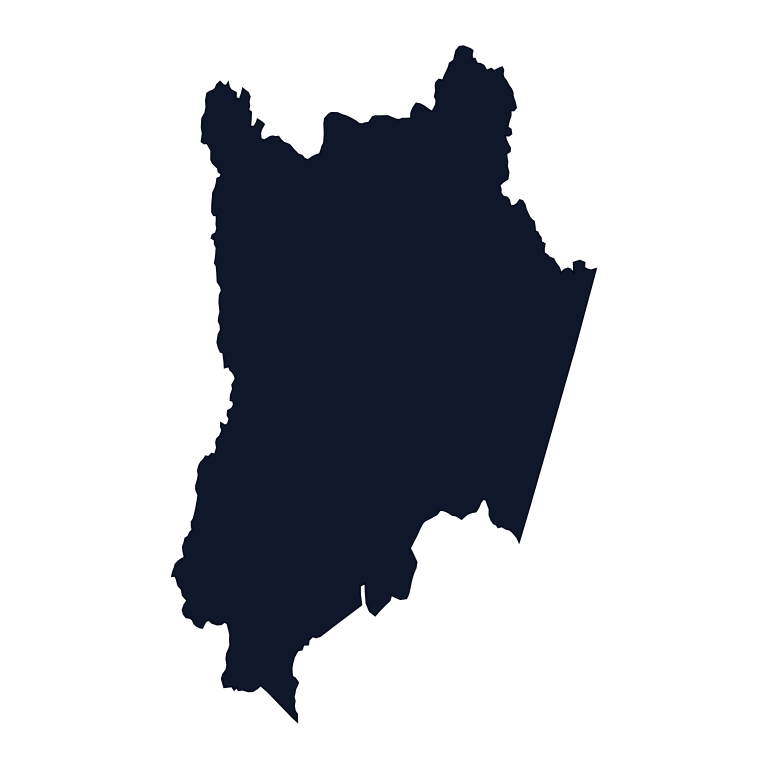 the district of Jaraguá, Goiás, Brazil
{"feature_id": "56859067B8388721460270", "entity_name": "Jaraguá", "entity_type": "district", "adm_level": 2, "iso_a3": "BRA", "parent_name": "Brazil", "parent_adm1": "Goiás", "projection": "equal_earth", "projection_center": [-49.418, -15.72], "detail": "fine", "context": "isolated", "style": "filled", "palette": "ink", "viewbox_px": 768, "rotation_deg": 0, "n_neighbors": 0, "source": "geoboundaries", "source_scale": "gbopen_adm2", "svg_char_len": 5464}
<svg xmlns="http://www.w3.org/2000/svg" viewBox="0 0 768 768"><path d="M459.2,46.7L456.0,50.8L453.7,60.4L449.6,63.1L448.4,67.6L446.6,71.4L444.7,75.4L442.7,80.3L438.9,79.4L435.8,82.7L435.4,86.5L435.9,90.6L434.6,96.6L436.3,100.1L435.8,104.8L432.2,111.6L428.5,109.4L424.2,106.2L420.3,104.1L416.2,103.3L413.1,107.8L411.0,112.9L410.9,118.3L407.0,118.5L402.1,118.6L399.2,119.8L396.2,119.4L391.5,117.5L387.7,115.9L382.4,116.0L377.9,116.1L375.4,116.0L372.6,116.9L368.7,122.6L364.8,123.1L362.3,124.1L359.0,123.7L355.8,121.1L352.8,119.4L349.7,117.7L345.4,115.8L341.9,114.8L337.6,112.9L331.1,112.7L328.0,114.8L324.8,118.6L324.1,123.3L324.5,134.0L323.8,143.1L322.0,146.5L320.9,150.7L319.7,153.8L315.1,155.4L311.4,157.5L308.0,159.9L304.6,158.6L302.0,155.5L298.3,154.3L296.2,152.1L293.9,149.9L290.1,145.2L287.7,143.9L283.8,142.5L280.6,139.5L278.6,136.5L275.6,136.8L272.5,136.2L269.6,137.0L266.8,138.8L264.1,140.1L260.9,138.8L260.3,133.2L261.4,129.3L264.2,124.2L261.5,121.8L257.5,119.2L256.5,122.4L254.3,126.3L250.4,126.7L251.0,119.2L251.2,111.9L248.5,110.0L249.5,105.5L248.8,101.8L249.9,96.4L247.9,92.3L245.3,90.6L242.8,88.3L241.6,93.4L239.6,99.4L236.0,97.7L236.1,92.6L231.1,89.9L229.1,86.9L228.2,82.4L226.4,85.7L223.4,85.0L220.1,81.5L216.9,84.5L215.4,88.3L213.0,90.4L210.0,91.4L207.0,93.4L205.8,100.3L206.2,107.2L205.3,112.3L202.0,118.5L201.7,124.1L201.5,127.9L202.6,133.6L201.9,138.1L201.4,141.6L203.9,143.5L207.3,143.5L208.7,146.3L211.1,150.6L211.0,159.8L212.6,163.1L215.3,165.9L217.7,168.0L218.4,171.9L221.5,174.1L220.0,177.3L217.1,178.4L216.4,183.5L215.2,187.8L212.8,193.0L212.6,197.7L212.0,204.3L211.9,212.1L213.6,215.3L216.5,215.6L216.5,220.5L216.2,224.1L217.0,228.5L215.7,233.0L212.4,234.8L211.4,238.1L214.4,239.9L214.7,244.2L216.4,247.7L216.0,253.7L215.5,258.4L214.6,263.1L216.4,266.1L217.0,272.9L217.4,281.8L220.6,286.6L221.6,290.7L219.6,295.0L219.2,302.6L220.2,312.0L218.9,317.1L218.5,321.2L220.2,325.0L220.7,329.8L218.4,334.3L217.2,342.5L218.6,347.8L220.5,352.0L223.1,352.8L223.7,357.8L224.2,362.1L224.5,367.7L228.7,366.5L230.1,370.0L232.6,372.4L234.5,375.4L235.4,378.9L232.0,384.9L232.8,389.0L230.8,394.6L230.3,400.2L233.0,401.2L233.7,404.9L231.7,408.4L227.7,410.7L227.4,415.4L229.3,418.9L227.7,424.0L225.2,425.4L220.8,422.8L220.7,426.5L222.0,430.5L219.9,435.7L216.7,439.0L215.9,442.5L216.8,447.7L214.8,454.4L211.7,453.5L208.4,456.8L205.7,456.1L203.6,459.4L200.7,462.4L199.0,465.6L197.7,470.5L198.5,474.7L197.6,479.9L195.9,485.4L195.9,489.5L198.2,495.4L197.0,502.4L195.9,508.9L194.4,514.9L193.6,518.4L191.5,521.9L191.6,526.5L192.3,530.0L189.9,532.3L188.0,536.6L185.2,538.2L184.4,542.0L182.7,546.8L183.1,551.0L184.5,557.5L181.3,559.0L178.6,560.9L175.4,564.2L174.3,568.1L172.6,572.6L171.8,576.4L175.1,576.0L176.6,579.6L178.0,585.4L181.6,589.5L182.5,595.2L184.4,597.6L187.2,600.4L184.1,604.9L182.4,610.1L183.7,614.4L186.0,617.4L190.4,618.2L192.5,620.0L194.2,623.9L197.2,626.4L199.8,627.5L202.4,628.1L205.4,621.9L208.5,619.9L211.9,623.0L217.1,624.7L221.2,624.4L224.4,622.0L227.2,623.4L228.8,629.4L230.1,635.4L229.7,639.1L230.1,645.0L229.1,648.6L226.8,653.6L226.2,658.9L227.1,665.0L226.2,669.7L222.9,674.5L221.6,678.8L224.0,687.4L231.9,686.5L234.1,690.1L236.2,687.4L238.5,690.4L242.5,689.8L248.3,691.5L252.8,691.3L257.9,688.0L260.4,685.4L267.5,691.5L292.8,717.7L297.4,721.9L297.1,713.8L295.1,711.3L294.1,705.9L294.9,700.8L293.8,697.0L294.7,693.3L295.3,689.5L298.3,682.8L295.2,678.1L292.3,676.5L291.7,669.1L292.3,664.3L294.1,657.4L296.0,653.8L297.8,650.6L302.0,649.7L303.5,644.9L308.3,644.7L308.8,640.2L312.6,636.4L316.1,637.6L320.4,636.1L334.7,625.1L361.5,604.9L360.2,594.3L360.1,586.0L365.3,583.3L365.4,590.2L366.3,603.1L369.6,611.3L375.2,615.7L379.1,611.1L385.1,604.9L389.7,600.7L391.3,595.1L395.2,597.1L400.3,599.3L406.5,598.4L408.7,593.2L409.9,587.7L411.3,580.6L413.4,573.5L415.8,567.9L416.7,562.3L414.0,556.2L411.9,551.8L410.1,548.3L413.6,541.4L416.6,535.6L419.9,528.3L422.6,523.3L424.8,520.9L428.6,519.0L432.4,517.0L437.0,514.4L440.0,510.2L443.3,510.4L446.5,511.5L449.4,513.2L452.6,515.2L455.7,515.6L458.2,516.9L461.5,519.2L464.1,516.8L467.5,514.0L472.1,512.3L475.9,511.7L478.5,507.6L480.7,502.4L483.4,498.9L486.2,500.2L487.8,505.0L489.4,509.1L489.3,515.2L491.4,520.5L493.7,523.7L496.4,524.8L498.1,527.5L501.8,526.5L505.8,528.9L509.6,529.8L512.7,532.4L517.0,537.5L519.1,542.2L530.0,505.4L546.4,448.2L547.6,443.9L564.3,385.3L570.1,364.9L571.1,361.2L573.0,355.0L596.2,268.7L591.0,270.2L587.2,269.1L584.3,267.5L584.7,262.5L579.8,260.5L573.5,262.5L573.8,268.3L573.8,272.8L570.2,269.1L567.7,268.3L564.2,269.6L561.0,272.9L559.1,267.4L555.2,262.2L553.6,258.8L549.8,257.6L547.0,254.7L544.2,253.0L544.0,249.0L544.9,243.8L541.2,241.8L541.0,237.7L539.1,235.3L537.7,232.1L535.2,230.8L534.9,226.7L534.1,221.4L531.6,219.6L529.6,217.1L526.1,209.5L524.8,204.4L522.5,200.8L519.7,199.9L516.9,203.8L514.1,205.7L510.6,205.9L509.1,199.5L507.1,197.3L503.3,196.5L500.8,193.0L500.9,188.8L499.7,185.3L502.7,182.3L507.7,179.0L508.7,172.3L507.1,166.3L507.6,161.4L506.8,157.7L506.5,153.7L510.0,151.5L510.3,148.1L508.3,144.4L506.2,140.0L505.2,135.6L509.2,135.7L511.5,133.8L510.9,129.3L507.7,127.1L509.0,120.9L510.8,115.9L510.8,110.4L513.8,110.6L516.2,107.8L515.1,102.4L513.9,99.2L513.0,95.8L512.8,92.3L511.1,88.7L509.0,85.8L506.1,80.5L503.7,77.5L502.9,74.1L503.5,70.2L502.3,67.1L498.7,68.4L494.1,70.8L491.2,68.5L486.6,70.4L483.8,65.5L480.5,63.7L477.0,63.3L474.9,58.5L472.3,58.6L472.0,54.5L472.8,50.6L470.6,48.9L463.4,46.1L459.2,46.7Z" fill="#0f172a" stroke="#020617" stroke-width="1.5"/></svg>